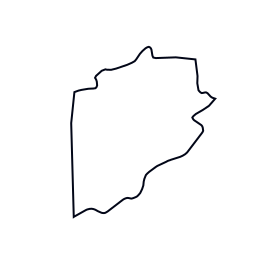 La Paz, Equal Earth projection, rotated 57°
{"feature_id": "SLV-1347", "entity_name": "La Paz", "entity_type": "Department", "adm_level": 1, "iso_a3": "SLV", "parent_name": "El Salvador", "parent_adm1": "", "projection": "equal_earth", "projection_center": [-88.936, 13.47], "detail": "fine", "context": "isolated", "style": "outline", "palette": "ink", "viewbox_px": 256, "rotation_deg": 57, "n_neighbors": 0, "source": "natural_earth", "source_scale": "10m", "svg_char_len": 1503}
<svg xmlns="http://www.w3.org/2000/svg" viewBox="0 0 256 256"><g transform="rotate(57 128 128)"><path d="M173.0,221.9L93.0,173.0L68.7,153.4L69.7,149.1L70.7,146.3L73.4,140.1L73.9,139.2L74.4,138.3L76.0,135.6L76.9,133.6L76.6,132.3L75.5,130.7L72.1,128.9L70.2,128.4L68.8,128.3L68.0,128.3L66.9,126.4L65.7,118.9L66.5,115.0L67.5,114.1L70.0,110.5L71.7,105.6L74.6,94.2L75.4,89.2L75.6,86.0L74.9,83.7L72.3,77.6L71.3,73.9L70.7,69.9L70.8,67.8L71.3,66.3L72.1,65.8L73.0,65.5L74.1,65.5L75.1,65.7L80.6,68.1L81.7,68.3L82.7,68.4L84.5,66.6L94.8,49.4L107.2,34.1L122.3,41.4L128.2,45.5L134.7,48.3L135.9,48.2L137.4,47.9L138.1,47.6L138.8,47.2L139.3,46.3L140.1,44.1L140.6,43.2L141.4,42.7L142.3,42.3L146.6,41.6L148.5,40.8L150.9,38.9L153.5,48.0L153.6,55.5L153.2,63.4L153.6,66.5L154.2,68.3L155.3,68.5L156.4,68.5L157.5,68.3L165.6,64.9L167.1,64.8L168.6,65.2L171.3,66.5L172.2,68.0L180.7,91.7L180.9,93.0L181.1,94.3L181.0,97.3L180.6,100.0L178.0,109.4L177.8,110.5L177.5,111.5L177.2,113.0L177.2,113.7L177.2,113.9L175.8,124.0L175.8,126.1L176.3,134.1L176.7,136.7L177.2,138.6L179.5,141.9L181.5,144.0L184.5,146.4L186.9,149.4L189.2,153.2L189.9,155.6L190.3,157.5L190.2,159.0L189.7,161.6L189.4,162.7L189.0,163.7L186.9,165.8L186.3,166.6L185.9,167.6L185.6,168.8L185.4,170.2L185.4,171.7L186.9,190.5L186.8,193.1L186.4,194.2L185.9,195.0L185.2,195.9L184.5,196.5L181.3,198.6L178.8,199.9L177.2,201.1L175.9,202.5L175.4,203.4L174.9,204.3L174.5,205.5L174.1,206.6L173.9,207.9L173.0,221.8L173.0,221.9Z" fill="none" stroke="#020617" stroke-width="2"/></g></svg>